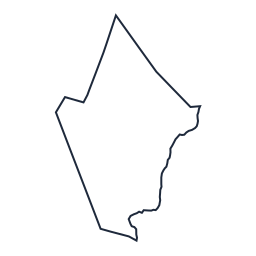 Olivedos, Paraíba, Brazil (Robinson projection)
{"feature_id": "56859067B6926108859412", "entity_name": "Olivedos", "entity_type": "district", "adm_level": 2, "iso_a3": "BRA", "parent_name": "Brazil", "parent_adm1": "Paraíba", "projection": "robinson", "projection_center": [-36.214, -6.971], "detail": "fine", "context": "isolated", "style": "outline", "palette": "slate", "viewbox_px": 256, "rotation_deg": 0, "n_neighbors": 0, "source": "geoboundaries", "source_scale": "gbopen_adm2", "svg_char_len": 1020}
<svg xmlns="http://www.w3.org/2000/svg" viewBox="0 0 256 256"><path d="M115.9,15.4L106.3,44.3L103.5,52.5L95.7,73.1L89.3,89.8L87.4,95.0L83.5,102.4L65.0,97.1L55.9,112.3L69.9,148.9L85.6,189.7L100.6,228.8L110.9,231.7L128.8,236.4L136.5,240.6L137.0,237.7L136.3,234.6L136.2,229.2L134.4,227.1L131.7,226.2L130.4,223.7L128.7,219.1L130.6,215.9L134.0,214.2L136.8,213.2L139.1,211.7L141.9,212.8L143.7,210.2L148.5,210.5L151.3,210.6L153.4,209.8L155.7,210.1L157.6,208.1L159.3,205.2L160.2,200.2L159.8,197.0L160.1,193.2L160.3,189.8L161.5,186.8L161.3,184.2L161.3,181.7L161.3,177.5L161.9,173.4L163.4,170.4L164.8,168.3L166.4,166.7L167.3,163.3L167.8,159.9L169.6,157.7L170.1,155.2L170.5,152.4L170.4,148.6L172.2,145.7L174.1,142.1L175.5,139.3L177.4,137.2L179.7,134.5L182.0,135.0L184.3,134.7L186.3,132.5L188.7,130.9L192.0,129.9L195.0,128.1L196.7,126.3L197.5,123.8L198.0,121.0L197.6,118.1L197.4,115.0L198.4,112.1L199.0,108.8L200.1,106.2L190.5,107.0L170.7,86.6L156.3,71.7L139.1,47.8L115.9,15.4Z" fill="none" stroke="#1e293b" stroke-width="2"/></svg>